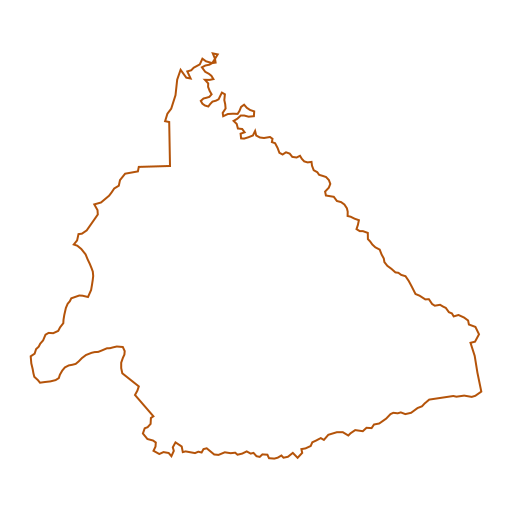 Giruá, Rio Grande do Sul, Brazil
{"feature_id": "56859067B21444575887211", "entity_name": "Giruá", "entity_type": "district", "adm_level": 2, "iso_a3": "BRA", "parent_name": "Brazil", "parent_adm1": "Rio Grande do Sul", "projection": "robinson", "projection_center": [-54.315, -27.993], "detail": "fine", "context": "isolated", "style": "outline", "palette": "amber", "viewbox_px": 512, "rotation_deg": 0, "n_neighbors": 0, "source": "geoboundaries", "source_scale": "gbopen_adm2", "svg_char_len": 4118}
<svg xmlns="http://www.w3.org/2000/svg" viewBox="0 0 512 512"><path d="M411.7,286.5L408.7,280.9L405.5,276.2L401.2,274.9L398.4,272.8L395.4,272.4L391.5,268.9L387.3,265.8L384.4,262.1L383.8,258.5L381.6,254.5L379.7,249.6L375.3,247.3L372.3,244.5L370.1,241.4L367.9,239.1L367.8,232.9L362.8,231.1L359.7,231.1L356.5,229.1L357.9,224.9L358.9,220.2L354.6,218.7L350.6,216.7L347.6,216.0L347.7,211.7L346.9,208.3L344.4,204.5L341.1,202.1L336.9,201.0L333.8,196.8L328.9,196.0L325.9,195.5L325.1,191.6L328.8,187.7L330.3,183.9L328.9,180.1L326.0,177.0L322.7,175.9L319.1,174.8L317.3,172.2L313.7,170.2L312.0,165.7L311.5,161.9L307.6,162.4L304.2,161.4L301.8,158.8L300.0,155.8L296.6,157.5L292.3,156.9L289.7,153.6L286.0,152.3L282.6,154.5L279.4,152.8L277.6,148.0L275.1,143.2L271.9,142.1L272.5,138.8L270.0,137.0L267.0,137.5L264.0,138.0L259.9,137.5L256.2,135.5L255.1,131.0L252.9,135.5L248.3,137.3L244.1,138.6L241.1,138.4L240.6,133.7L244.6,132.3L242.2,129.0L237.9,128.5L236.7,123.9L233.6,120.9L237.4,118.7L240.8,115.5L244.1,115.5L248.6,116.7L253.9,116.2L254.2,111.4L250.1,110.0L246.8,107.8L244.1,104.7L241.1,106.9L239.4,111.1L237.6,113.9L233.3,113.7L227.9,114.0L223.2,116.2L222.7,112.9L225.6,108.5L225.2,104.2L224.3,100.1L224.9,94.3L221.9,92.6L220.2,96.0L218.6,99.3L215.9,100.7L212.5,101.6L210.3,103.9L208.3,106.5L204.9,105.5L202.4,103.7L200.8,100.9L203.5,98.5L206.3,97.8L209.3,96.9L211.6,94.3L209.7,91.0L208.1,86.9L208.2,83.4L204.9,79.8L209.7,79.9L213.4,79.1L211.4,75.8L208.9,73.8L205.2,71.8L201.9,67.3L205.4,65.5L209.4,64.7L212.2,63.1L206.0,61.3L202.4,58.7L199.8,64.4L193.7,67.7L191.2,70.3L187.3,71.4L190.6,78.5L186.3,77.7L180.6,69.8L177.2,79.6L175.5,95.2L171.2,108.7L167.4,113.7L165.1,121.2L169.2,122.0L170.0,166.0L165.9,166.1L138.8,166.9L137.9,171.4L125.1,173.7L120.0,180.1L118.8,185.7L114.2,188.5L111.6,192.4L109.1,195.7L105.4,198.8L101.0,202.5L94.3,204.4L97.5,210.1L97.8,214.5L93.9,220.1L86.7,230.4L81.9,233.7L78.5,234.1L77.1,240.4L73.8,244.5L77.3,245.7L81.3,249.0L85.6,254.4L87.6,259.3L89.8,263.9L91.6,268.3L92.8,271.6L93.2,276.0L92.7,280.2L92.0,284.8L91.1,290.0L88.0,297.0L82.5,295.7L79.3,295.5L71.3,298.3L69.8,301.3L67.7,303.7L65.9,307.9L64.3,314.9L63.5,319.8L63.3,323.2L60.1,327.3L58.2,330.9L53.2,333.2L48.6,332.9L45.5,334.7L43.1,340.4L40.2,343.7L38.7,346.7L36.1,349.1L34.6,353.7L30.7,356.3L31.3,363.4L32.7,369.2L33.4,373.2L34.3,376.8L37.9,380.1L40.0,382.7L45.0,382.0L50.4,381.4L55.6,380.1L58.8,378.1L59.9,374.7L62.3,370.5L64.9,367.4L68.8,365.4L72.2,364.8L75.7,363.9L78.7,361.4L81.9,358.1L86.0,355.0L91.6,352.8L94.6,352.1L98.2,351.9L101.5,350.6L106.9,348.3L110.0,348.2L112.9,347.4L116.8,346.5L122.8,347.0L124.7,351.1L124.4,354.6L122.9,357.8L121.2,362.7L121.2,368.1L122.3,373.3L138.8,386.4L137.4,390.6L135.0,395.0L153.4,416.3L150.9,418.0L150.6,423.9L147.6,427.2L144.7,428.3L142.9,433.5L147.4,439.0L153.0,440.5L155.8,442.5L155.5,446.6L153.5,450.8L159.3,454.0L163.5,452.1L168.7,453.0L171.4,456.2L173.8,450.9L172.8,447.3L175.5,442.4L181.7,446.5L182.8,452.1L185.6,451.4L195.0,453.1L198.3,451.7L201.6,452.5L203.5,449.1L206.7,448.3L214.2,454.5L218.5,454.9L224.8,452.3L230.7,453.2L235.2,452.7L237.5,454.7L242.2,453.6L246.7,451.4L250.7,453.6L253.5,452.9L256.5,456.2L259.7,456.9L262.4,454.4L267.4,454.7L269.0,458.2L274.3,458.6L277.7,457.7L281.4,455.5L283.5,457.7L287.9,456.8L292.8,452.9L297.6,457.8L302.2,452.9L301.4,449.1L305.5,448.4L310.7,446.0L312.3,442.3L316.0,440.6L320.7,438.1L323.9,439.9L328.3,434.8L336.9,432.2L342.8,432.2L348.3,435.5L350.5,433.3L355.2,430.1L362.8,431.2L366.5,427.8L371.6,428.1L374.0,424.5L379.2,423.5L386.2,418.6L390.5,414.1L393.3,412.8L397.7,413.3L400.8,412.4L405.3,414.1L411.1,412.8L417.6,408.0L422.0,406.3L424.6,403.5L429.2,399.6L453.3,396.0L456.4,396.7L464.2,395.6L471.7,396.9L475.3,395.8L481.3,391.6L477.4,372.6L474.7,355.9L470.5,342.8L475.0,341.7L479.0,334.3L475.4,326.9L468.9,324.5L468.1,320.5L464.0,317.5L458.5,315.0L453.7,316.4L451.9,313.4L448.9,312.2L445.8,307.9L443.1,306.6L440.1,304.8L434.8,305.7L432.1,304.0L428.9,299.2L425.3,299.4L419.6,295.7L415.5,294.0L411.7,286.5ZM215.0,58.8L217.7,54.4L212.8,53.4L215.0,58.8ZM212.2,63.1L215.6,62.6L215.0,58.8L212.2,63.1Z" fill="none" stroke="#b45309" stroke-width="2"/></svg>